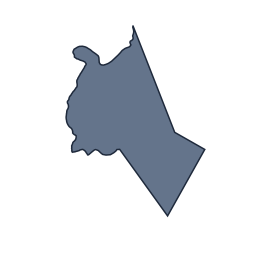 Thomazo/Tournesse, Dennery, Saint Lucia, rotated 327°
{"feature_id": "8701671B52938625502385", "entity_name": "Thomazo/Tournesse", "entity_type": "district", "adm_level": 2, "iso_a3": "LCA", "parent_name": "Saint Lucia", "parent_adm1": "Dennery", "projection": "mercator", "projection_center": [-60.947, 13.919], "detail": "fine", "context": "isolated", "style": "filled", "palette": "slate", "viewbox_px": 256, "rotation_deg": 327, "n_neighbors": 0, "source": "geoboundaries", "source_scale": "gbopen_adm2", "svg_char_len": 4869}
<svg xmlns="http://www.w3.org/2000/svg" viewBox="0 0 256 256"><g transform="rotate(327 128 128)"><path d="M81.8,85.5L81.6,85.9L81.5,86.1L81.4,86.3L81.2,86.6L81.0,87.0L80.9,87.4L80.7,87.9L80.6,88.1L80.5,88.3L80.4,88.5L80.3,88.8L80.2,88.9L80.2,89.1L80.1,89.3L80.0,89.5L79.9,89.7L79.8,90.2L79.6,90.9L79.6,91.2L79.5,91.5L79.5,91.9L79.5,92.1L79.4,92.4L79.4,94.3L79.5,94.5L79.5,94.8L79.5,95.0L79.6,95.3L79.7,95.5L79.7,95.8L79.8,96.0L80.0,96.6L80.1,96.9L80.2,97.1L80.2,97.3L80.3,97.5L80.3,98.4L80.3,98.8L80.2,99.0L80.2,99.3L80.1,99.5L80.1,99.8L79.9,100.2L79.8,100.4L79.8,100.7L79.6,101.0L79.4,101.2L79.3,101.4L79.2,101.6L79.1,101.8L79.0,102.0L78.9,102.1L79.0,102.3L79.0,102.6L79.0,102.8L79.0,103.1L79.1,103.3L79.2,103.8L79.3,104.1L79.4,104.5L79.5,104.7L79.7,104.9L79.9,105.1L80.0,105.3L80.1,105.6L80.3,106.1L80.1,106.6L79.9,106.8L79.7,107.2L79.6,107.4L79.4,107.6L79.2,107.9L79.0,108.1L78.9,108.2L78.5,108.5L78.3,108.7L78.1,108.9L77.8,109.1L77.6,109.3L77.4,109.3L77.2,109.3L76.8,109.4L76.6,109.6L76.4,109.6L76.1,109.7L75.9,109.7L75.6,109.8L75.4,109.8L75.0,109.8L74.7,109.9L74.4,110.0L74.2,110.0L73.8,110.2L73.4,110.6L73.0,110.9L72.5,111.3L72.4,111.4L72.1,111.6L71.7,111.8L71.4,112.1L71.2,112.2L71.0,112.3L70.9,112.5L70.7,112.9L70.6,113.1L70.5,113.3L70.3,113.6L70.2,113.8L69.8,114.1L69.6,114.4L69.6,114.5L69.4,115.0L69.2,115.4L68.9,115.9L68.9,116.0L68.6,116.4L68.3,116.6L68.3,116.8L68.3,117.0L68.3,117.3L68.1,117.6L68.2,118.0L68.4,118.0L68.7,118.2L68.9,118.3L69.1,118.4L69.3,118.5L69.5,118.6L70.1,118.9L70.3,118.9L70.5,119.0L70.9,119.2L71.0,119.2L71.2,119.3L71.4,119.3L71.8,119.4L72.1,119.5L72.5,119.7L72.9,119.8L73.6,120.0L74.0,120.1L74.4,120.3L75.2,120.3L75.4,120.3L75.7,120.3L76.0,120.4L76.3,120.5L76.8,120.6L77.0,120.7L77.4,120.9L77.6,120.9L77.8,121.0L78.0,121.1L78.3,121.3L78.5,121.4L78.6,121.8L78.8,122.1L79.1,122.7L79.2,123.0L79.3,123.2L79.3,123.4L79.4,123.5L79.5,123.8L79.5,124.4L79.6,124.7L79.5,126.0L79.6,126.6L79.6,128.2L79.5,128.5L80.3,129.0L84.9,128.4L88.0,128.1L89.2,128.5L90.8,130.7L91.8,134.8L92.4,136.4L94.8,138.7L98.7,140.8L102.5,141.0L105.3,140.7L106.9,140.0L109.4,141.4L113.3,223.3L180.7,187.8L164.8,157.1L176.6,99.8L187.9,44.7L187.5,45.4L186.8,46.3L186.3,48.0L185.6,49.8L184.4,51.4L182.1,53.3L181.5,54.9L180.8,56.0L179.6,56.4L178.6,56.6L177.4,56.4L176.4,57.0L175.8,58.7L175.7,59.9L174.5,60.4L173.8,60.7L172.4,60.5L170.1,59.9L168.8,59.7L165.4,59.8L162.5,60.7L159.3,61.5L157.6,61.8L153.8,62.5L150.5,63.1L146.7,63.1L144.1,62.6L141.7,61.9L140.2,60.7L139.5,59.6L139.5,57.6L140.3,56.0L141.6,53.7L142.1,52.6L142.3,51.2L141.4,48.4L139.8,44.5L139.1,42.0L137.4,38.5L137.3,38.1L136.1,36.4L134.3,34.6L131.7,33.1L129.8,32.7L125.7,32.6L123.6,33.9L122.9,34.9L122.8,37.3L122.4,38.2L121.7,39.3L122.4,41.1L122.8,42.2L123.7,43.0L124.9,45.1L126.1,46.5L126.8,47.4L127.8,49.1L127.9,51.3L127.4,52.0L125.2,52.8L124.6,53.4L121.4,54.9L120.6,55.3L120.3,55.4L120.1,55.5L119.8,55.7L119.6,55.8L119.4,55.9L119.2,56.0L118.9,56.1L118.7,56.2L118.3,56.3L118.1,56.4L117.9,56.5L117.7,56.5L117.3,56.8L117.2,56.9L117.0,57.0L116.8,57.1L116.6,57.2L116.4,57.3L116.2,57.4L116.0,57.5L115.9,57.6L115.5,57.7L115.4,57.8L115.2,57.9L115.0,58.0L114.8,58.1L114.7,58.2L114.5,58.3L114.4,58.3L114.2,58.4L114.1,58.5L113.9,58.6L113.6,58.7L113.4,58.8L113.2,58.9L113.1,59.0L112.9,59.1L112.6,59.4L112.5,59.5L112.4,59.6L112.2,59.7L112.0,59.8L111.8,59.8L111.6,59.9L111.4,60.0L111.2,60.1L111.0,60.4L110.9,60.5L110.7,60.7L110.6,60.8L110.5,61.1L110.4,61.2L110.3,61.4L110.2,61.5L110.0,61.9L109.9,62.0L109.8,62.4L109.7,62.5L109.5,62.9L109.4,63.2L109.4,63.3L109.2,63.6L109.1,63.8L109.0,64.0L108.8,64.2L108.7,64.4L108.6,64.5L108.4,64.9L108.2,65.0L107.9,65.4L107.8,65.5L107.6,65.6L107.3,65.8L107.1,65.8L106.9,65.9L106.7,65.9L106.5,66.0L106.3,66.0L106.1,66.1L105.8,66.2L105.6,66.3L105.4,66.4L105.2,66.5L104.8,66.7L104.6,66.8L104.2,66.9L104.0,67.0L103.8,67.1L103.7,67.2L103.4,67.3L103.2,67.3L102.9,67.4L102.6,67.5L102.4,67.5L102.2,67.5L101.8,67.6L101.7,67.7L101.3,67.8L101.1,67.9L100.9,68.0L100.6,68.1L100.3,68.3L100.1,68.4L99.9,68.4L99.7,68.5L99.3,68.7L99.0,68.8L98.9,68.9L98.7,68.9L98.6,69.0L98.3,69.2L98.2,69.3L97.8,69.4L97.6,69.5L97.4,69.5L97.0,69.6L96.8,69.6L96.6,69.7L96.3,69.9L96.0,70.0L95.8,70.1L95.7,70.2L95.5,70.3L95.4,70.4L95.3,70.5L95.1,70.7L94.9,70.8L94.5,71.2L94.4,71.4L94.2,71.5L94.0,71.8L93.8,72.0L92.8,72.3L91.7,72.7L91.2,73.4L90.9,73.9L90.8,74.3L90.8,74.7L90.8,75.1L90.7,75.3L90.7,75.5L90.7,75.8L90.5,76.1L90.3,76.6L90.2,76.8L90.2,77.0L90.0,77.3L89.9,77.5L89.7,77.6L89.5,77.9L89.4,78.0L89.2,78.3L89.0,78.5L88.7,78.7L88.5,78.8L88.3,79.0L87.9,79.2L87.8,79.3L87.6,79.4L87.3,79.5L86.9,79.7L86.6,79.9L86.5,80.0L86.3,80.1L86.1,80.3L86.0,80.5L85.8,80.6L85.7,80.8L85.5,81.0L85.3,81.3L85.1,81.5L84.8,81.9L84.6,82.2L84.4,82.3L84.1,82.6L83.9,82.9L83.7,83.2L83.5,83.4L83.3,83.6L83.2,83.8L82.9,84.1L82.7,84.4L82.6,84.6L82.4,84.7L82.2,84.9L82.0,85.3L81.8,85.5Z" fill="#64748b" stroke="#1e293b" stroke-width="1.5"/></g></svg>